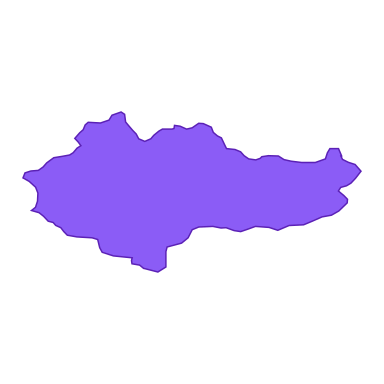 the district of Uppsala, Uppsala, Sweden
{"feature_id": "70781695B50893548218993", "entity_name": "Uppsala", "entity_type": "district", "adm_level": 2, "iso_a3": "SWE", "parent_name": "Sweden", "parent_adm1": "Uppsala", "projection": "natural_earth1", "projection_center": [17.723, 59.956], "detail": "fine", "context": "isolated", "style": "filled", "palette": "violet", "viewbox_px": 384, "rotation_deg": 0, "n_neighbors": 0, "source": "geoboundaries", "source_scale": "gbopen_adm2", "svg_char_len": 1690}
<svg xmlns="http://www.w3.org/2000/svg" viewBox="0 0 384 384"><path d="M31.5,210.5L39.1,212.7L43.6,216.3L48.2,221.2L53.2,222.5L55.7,225.4L60.8,227.7L63.8,231.6L67.3,235.2L76.9,236.9L92.1,237.8L97.7,239.5L99.7,247.7L102.2,252.3L113.4,255.9L132.2,257.8L131.5,260.5L132.0,263.8L133.2,264.0L139.6,265.1L141.1,266.3L143.6,268.4L144.7,268.6L157.9,272.0L158.7,271.5L165.9,267.0L165.9,256.9L165.9,251.6L167.1,247.0L181.6,243.1L188.1,237.8L192.2,229.7L198.8,227.0L212.9,226.4L221.0,228.0L226.1,227.7L234.1,230.6L240.7,231.6L248.3,229.0L255.4,226.4L269.0,227.4L277.8,230.3L289.1,225.5L303.6,224.8L312.0,221.3L322.0,216.9L331.4,215.2L338.8,211.0L347.2,202.9L347.5,199.3L343.9,195.6L338.4,191.0L340.7,187.4L346.5,185.8L351.0,183.1L355.5,178.3L361.0,171.2L355.1,164.5L348.3,162.3L342.5,159.4L340.9,156.0L341.6,155.9L338.5,148.6L329.9,148.6L327.4,152.8L325.4,158.9L315.3,162.5L301.7,162.5L291.1,161.2L284.0,159.6L278.4,156.0L268.4,155.7L261.8,156.7L260.3,158.3L255.8,159.9L248.7,158.9L244.1,155.7L240.6,151.8L235.0,149.5L226.5,148.6L224.4,144.3L221.4,137.9L217.4,135.9L213.3,132.4L211.3,127.2L203.3,123.6L198.7,123.3L192.2,127.8L186.6,129.1L180.1,126.2L174.5,125.4L174.0,128.5L172.0,129.1L162.4,129.1L158.9,131.1L153.8,135.3L150.8,138.8L144.8,141.4L138.7,138.8L136.2,134.0L132.7,130.4L129.1,126.2L125.6,122.0L124.6,114.3L121.1,112.0L112.0,115.2L109.0,120.1L100.4,123.0L88.2,122.3L85.2,124.9L83.2,129.7L79.7,132.8L74.8,138.4L78.1,141.9L80.9,145.7L77.1,148.1L73.2,152.7L69.6,155.0L61.9,156.4L53.8,157.7L50.9,159.8L46.7,162.9L43.1,167.0L38.3,170.4L30.8,171.0L25.0,172.9L23.0,177.9L29.2,181.4L35.6,187.2L37.9,193.1L37.5,201.2L35.5,207.3L31.5,210.5Z" fill="#8b5cf6" stroke="#5b21b6" stroke-width="1.5"/></svg>